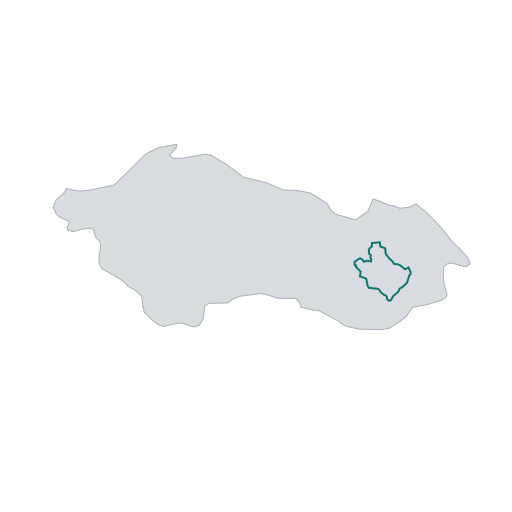 Pukë, Shkodër, Albania shown in context, rotated 105°
{"feature_id": "67620474B73280275449109", "entity_name": "Pukë", "entity_type": "district", "adm_level": 2, "iso_a3": "ALB", "parent_name": "Albania", "parent_adm1": "Shkodër", "projection": "mercator", "projection_center": [19.995, 42.061], "detail": "fine", "context": "in_parent", "style": "outline", "palette": "teal", "viewbox_px": 512, "rotation_deg": 105, "n_neighbors": 0, "source": "geoboundaries", "source_scale": "gbopen_adm2", "svg_char_len": 2453}
<svg xmlns="http://www.w3.org/2000/svg" viewBox="0 0 512 512"><g transform="rotate(105 256 256)"><path d="M170.7,157.8L171.0,150.7L172.6,139.6L171.7,135.9L172.7,129.5L169.5,121.0L164.2,114.9L169.3,104.0L176.7,90.9L183.5,80.5L191.9,69.6L197.4,59.1L203.4,50.1L208.5,47.4L211.1,49.3L212.5,53.2L212.1,64.9L213.9,68.9L217.4,71.8L224.9,70.4L233.3,67.5L244.4,61.3L246.4,61.7L250.5,64.9L259.1,79.0L264.9,91.3L276.2,95.6L282.5,100.4L290.6,107.7L294.5,115.1L300.0,137.5L300.6,150.9L299.0,157.1L297.7,158.7L292.6,180.6L293.8,191.8L293.8,199.1L289.5,202.0L286.7,206.6L291.3,224.8L290.7,232.5L290.9,241.4L299.2,261.6L304.1,267.8L308.5,270.8L314.0,289.3L317.4,292.5L330.9,290.8L337.6,292.8L340.2,297.2L340.8,300.2L339.9,310.5L343.3,318.5L347.8,326.7L347.8,331.7L344.7,339.8L339.3,349.4L332.1,353.0L324.2,356.1L320.4,363.5L318.5,371.3L315.0,377.1L312.8,383.5L309.4,396.5L308.6,401.2L303.2,406.0L294.9,407.9L287.5,408.3L282.4,410.5L279.9,415.0L275.2,418.5L272.3,420.1L272.3,424.0L275.8,432.3L279.7,438.9L279.8,444.3L277.8,445.8L271.8,445.1L270.5,447.1L269.8,453.0L268.2,458.1L265.7,461.2L261.3,464.6L253.4,463.5L245.9,458.4L242.0,456.8L239.8,457.0L239.2,444.5L236.0,434.8L224.1,411.3L185.6,388.5L176.5,378.2L172.5,369.6L168.6,361.4L172.4,361.2L176.1,363.2L181.0,365.7L182.9,361.6L180.8,352.7L170.9,331.7L170.2,326.0L175.0,308.4L183.1,288.6L182.6,264.6L185.1,246.4L182.3,234.6L181.0,220.1L186.9,200.8L192.0,196.0L195.1,189.9L195.3,169.2L183.9,159.6L170.7,157.8Z" fill="#d9dde1" stroke="#a8b0b8" stroke-width="1"/><path d="M257.5,138.7L257.1,136.8L256.8,133.2L256.2,131.6L256.5,128.4L258.2,126.9L259.4,124.6L260.2,122.8L260.7,120.1L261.8,118.9L263.6,118.3L264.8,116.1L263.9,114.3L259.2,113.1L253.7,109.3L250.5,108.9L248.0,106.5L246.4,105.4L242.7,103.2L238.4,103.0L234.9,102.9L233.8,102.0L231.4,102.6L227.6,105.7L230.3,108.4L227.6,114.6L227.3,116.9L227.9,120.5L225.4,123.5L224.2,126.2L220.2,131.4L215.1,133.2L214.6,138.5L210.7,139.8L212.5,144.7L213.5,147.4L216.8,146.6L218.8,148.0L220.7,148.7L224.8,147.1L225.1,146.1L225.4,145.3L227.6,145.1L228.2,145.1L228.4,144.8L228.9,144.3L229.4,143.7L230.4,143.6L231.0,143.5L231.6,143.5L231.7,147.1L233.6,150.5L232.0,152.1L231.3,154.7L232.6,156.4L236.2,159.2L239.0,158.5L239.1,157.7L239.1,157.4L239.2,156.9L239.6,156.9L240.1,156.9L240.6,156.9L244.0,150.8L248.7,150.3L249.1,146.2L249.3,143.9L249.4,143.7L250.7,143.0L252.2,142.3L253.3,141.7L255.0,140.9L255.9,140.5L257.5,138.7Z" fill="none" stroke="#0f766e" stroke-width="2"/></g></svg>